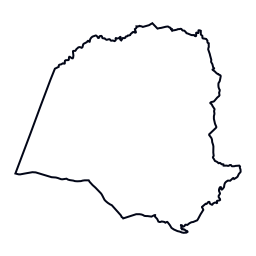 Ea Sup, Đắk Lắk, Vietnam (Robinson projection)
{"feature_id": "81297802B87471755079038", "entity_name": "Ea Sup", "entity_type": "district", "adm_level": 2, "iso_a3": "VNM", "parent_name": "Vietnam", "parent_adm1": "Đắk Lắk", "projection": "robinson", "projection_center": [107.824, 13.181], "detail": "fine", "context": "isolated", "style": "outline", "palette": "ink", "viewbox_px": 256, "rotation_deg": 0, "n_neighbors": 0, "source": "geoboundaries", "source_scale": "gbopen_adm2", "svg_char_len": 5744}
<svg xmlns="http://www.w3.org/2000/svg" viewBox="0 0 256 256"><path d="M203.3,209.9L202.7,208.4L202.0,207.3L202.0,206.9L205.6,203.8L206.1,204.0L206.7,203.8L208.2,202.1L208.8,201.9L209.2,201.9L209.6,202.3L209.7,203.2L209.9,203.6L211.7,204.7L212.3,204.7L213.2,203.4L214.8,202.6L215.4,202.5L215.8,202.6L216.6,203.1L216.9,203.0L217.1,202.9L216.9,201.5L217.0,201.0L217.2,200.8L219.5,200.4L219.8,200.2L220.1,199.9L220.0,199.2L219.9,198.8L219.1,197.8L218.7,197.1L218.6,196.1L218.8,195.6L219.9,193.9L220.0,193.6L219.9,193.1L219.0,190.9L219.0,189.7L219.3,188.6L219.7,187.7L220.1,187.2L220.3,187.1L220.9,187.2L221.0,187.5L221.1,189.0L221.2,189.3L221.4,189.5L222.0,189.5L222.6,189.0L223.9,187.3L224.1,186.6L224.4,184.6L224.8,183.4L225.2,182.7L226.3,181.6L227.9,180.6L230.2,180.7L232.9,178.2L233.4,178.1L234.1,179.0L236.6,177.5L237.6,176.6L238.8,174.0L240.3,172.3L240.6,171.8L240.6,171.1L240.5,169.5L239.9,167.9L239.8,166.9L240.0,166.6L239.6,165.9L239.3,165.6L235.5,165.9L234.4,166.2L232.8,166.3L231.9,166.2L231.6,166.0L231.0,165.1L230.6,165.0L229.7,165.1L228.9,165.7L228.1,165.9L226.5,165.6L223.8,165.7L223.5,165.6L223.4,164.4L222.9,164.2L221.8,164.3L221.4,164.1L220.6,163.3L220.2,163.0L219.8,162.9L219.0,163.2L218.5,163.2L217.5,162.2L216.5,161.6L214.9,160.9L214.0,159.2L213.1,157.9L212.9,157.2L213.7,155.8L213.3,152.6L213.4,146.5L213.1,144.9L212.2,142.1L212.0,139.8L211.8,139.1L211.3,137.9L209.2,135.1L209.2,134.3L216.0,127.8L216.3,127.3L216.3,126.9L216.2,126.5L215.0,123.7L213.9,118.9L213.9,116.2L214.4,114.1L214.4,113.1L214.1,111.5L214.2,110.4L214.5,109.6L214.5,109.0L212.7,106.3L211.9,104.7L211.4,104.0L210.4,103.3L210.3,102.9L210.8,102.3L211.9,101.9L213.1,101.7L213.7,101.5L214.2,101.1L217.3,97.5L219.0,96.1L219.5,95.2L219.1,92.8L219.7,90.8L219.7,89.8L219.2,89.0L218.6,87.4L218.4,85.8L218.4,84.2L218.5,83.2L219.7,81.2L220.3,78.5L220.7,76.3L220.6,75.7L220.4,75.4L219.8,75.0L218.5,74.5L218.3,74.0L217.5,73.9L215.9,72.6L214.9,71.5L212.7,69.9L212.6,69.5L212.9,69.3L213.6,69.0L213.9,68.8L214.1,68.3L213.7,67.8L213.2,67.4L212.4,64.2L211.2,62.1L211.1,61.3L211.3,59.9L210.1,55.5L209.8,54.1L208.2,49.4L208.4,48.0L208.8,47.0L208.7,44.7L208.8,43.5L208.7,43.2L208.4,43.1L208.0,43.0L207.6,42.6L207.4,41.9L207.4,40.6L206.2,39.0L204.5,38.6L203.2,38.5L202.8,38.3L202.4,37.8L202.4,36.2L202.3,35.8L201.0,34.7L200.8,34.1L200.8,30.8L200.4,30.6L199.5,30.3L198.6,30.3L198.5,30.5L198.4,30.9L198.5,32.3L198.2,33.0L197.6,33.0L196.7,32.6L196.4,32.7L196.1,33.0L196.2,34.6L196.2,35.3L195.9,36.1L195.6,36.2L194.7,35.9L194.4,35.3L194.0,35.0L192.8,35.2L192.1,35.0L191.5,35.1L187.4,33.4L186.5,33.2L186.1,32.5L184.6,30.9L184.1,30.6L182.7,30.5L182.0,29.9L181.8,29.5L181.4,29.0L180.7,28.8L179.3,29.1L178.0,29.1L177.5,29.4L176.3,29.8L174.5,30.2L173.3,30.3L172.2,30.8L171.8,30.0L171.8,29.1L170.9,29.2L170.6,28.0L170.3,27.7L169.8,27.7L169.5,27.6L169.0,27.1L167.9,26.5L166.0,26.7L161.1,27.9L159.5,28.1L157.5,28.6L152.3,23.2L149.0,25.2L142.9,26.9L142.6,26.9L141.8,26.4L141.1,26.3L140.6,26.1L140.0,26.2L139.6,25.9L139.0,26.2L138.1,26.2L137.7,26.7L136.5,26.4L136.5,27.1L136.2,28.1L135.9,28.4L134.9,29.1L135.0,30.0L135.4,30.7L135.9,32.1L135.9,32.4L135.8,32.5L135.1,32.7L134.2,31.9L133.9,31.9L133.4,32.2L132.8,32.1L132.6,32.2L131.7,33.2L130.8,33.8L130.1,35.1L129.6,35.2L129.2,35.4L127.9,35.5L127.4,36.2L126.2,36.4L125.7,36.7L125.5,37.0L125.4,37.6L124.9,38.0L124.0,38.2L123.0,38.0L122.5,38.2L121.8,39.7L121.2,40.4L120.5,39.8L120.1,39.2L120.1,38.5L120.6,37.3L120.5,37.0L120.3,36.9L120.0,37.0L118.9,38.1L117.4,38.5L116.9,38.5L116.3,38.1L115.8,38.1L115.6,38.5L115.7,39.6L115.6,40.3L115.1,40.8L114.5,41.1L112.8,40.5L111.6,40.7L111.1,40.7L110.6,40.4L110.2,39.7L109.6,39.3L109.3,39.2L108.6,39.3L106.8,39.8L106.3,39.7L105.1,38.9L104.6,38.3L103.1,38.3L102.5,38.1L102.3,37.7L102.0,36.7L101.6,36.1L101.2,35.9L100.2,36.0L99.6,36.3L99.3,36.7L99.3,37.5L99.1,37.7L98.7,37.9L98.2,38.0L98.0,37.8L97.5,37.0L96.9,36.2L96.4,35.7L95.7,35.5L92.5,36.6L91.3,37.6L90.5,38.7L90.0,39.9L89.8,41.2L89.7,41.7L89.5,41.8L89.2,41.7L88.8,41.4L88.4,40.9L88.1,40.8L87.6,41.1L87.4,41.5L86.7,42.2L83.7,43.8L83.2,44.4L82.5,47.1L81.9,47.7L81.4,47.8L80.7,47.3L80.2,47.2L79.4,47.1L78.6,47.3L78.2,47.5L77.4,48.3L76.5,49.0L75.6,50.5L75.2,50.9L73.6,50.9L73.2,51.0L73.0,51.3L73.0,52.0L73.4,55.5L73.1,57.7L72.7,58.3L72.2,58.3L71.8,58.2L69.8,56.8L69.3,56.8L69.0,57.3L68.8,59.7L68.6,59.9L68.2,60.1L65.8,60.2L65.0,60.7L64.8,61.7L64.8,63.3L64.7,63.5L64.4,63.6L64.1,63.7L63.0,63.3L62.5,63.5L61.3,64.3L59.8,64.6L59.2,64.9L58.9,65.2L58.6,66.5L58.7,66.8L58.4,67.0L54.9,68.7L50.4,79.9L40.4,106.5L30.6,133.1L15.4,173.5L18.4,174.3L20.1,174.4L25.5,173.4L32.4,172.2L35.7,172.4L51.6,177.2L55.8,177.5L57.8,178.0L61.1,179.2L62.5,179.3L66.5,178.7L68.0,179.6L69.8,180.1L73.3,180.6L74.9,181.1L77.3,181.3L80.9,181.1L82.7,180.6L84.9,180.3L88.7,180.3L89.6,181.8L92.6,185.1L95.4,187.6L100.8,193.2L101.5,194.1L102.2,195.3L104.5,199.8L105.7,201.1L107.7,202.8L110.1,204.4L111.8,205.2L120.9,215.4L121.7,217.1L122.7,217.6L123.2,218.4L136.2,214.2L139.5,214.2L141.5,214.5L142.9,215.0L144.3,215.8L145.2,216.0L147.8,216.1L151.5,216.6L154.5,215.1L155.1,215.1L155.0,216.6L157.2,219.0L158.4,221.6L159.7,222.0L160.7,221.9L161.5,221.5L162.6,221.6L164.5,222.0L165.3,222.7L166.8,222.0L167.1,221.9L167.5,222.1L169.7,224.9L171.5,227.9L173.9,229.5L177.5,231.1L179.7,231.6L182.0,232.5L183.6,232.8L186.4,232.6L187.5,231.9L187.5,231.5L186.9,230.9L186.2,230.8L185.3,230.3L184.5,229.5L183.9,229.6L183.5,229.5L182.8,228.9L182.6,228.9L182.3,229.3L182.0,229.3L181.7,228.4L181.3,228.2L181.2,228.0L181.6,227.1L181.4,226.6L180.9,225.4L181.0,225.1L181.7,225.2L182.2,225.6L182.8,226.5L183.4,226.6L184.4,226.1L185.3,224.8L185.7,224.7L187.4,224.9L189.4,223.3L190.9,222.5L191.7,222.2L193.1,222.0L197.2,220.3L198.0,219.1L200.5,214.4L203.3,209.9Z" fill="none" stroke="#020617" stroke-width="2"/></svg>